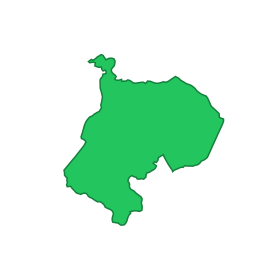 outline of Itaboraí, Rio de Janeiro, Brazil, rotated 55°
{"feature_id": "56859067B95798270573733", "entity_name": "Itaboraí", "entity_type": "district", "adm_level": 2, "iso_a3": "BRA", "parent_name": "Brazil", "parent_adm1": "Rio de Janeiro", "projection": "equal_earth", "projection_center": [-42.864, -22.756], "detail": "fine", "context": "isolated", "style": "filled", "palette": "green", "viewbox_px": 256, "rotation_deg": 55, "n_neighbors": 0, "source": "geoboundaries", "source_scale": "gbopen_adm2", "svg_char_len": 3078}
<svg xmlns="http://www.w3.org/2000/svg" viewBox="0 0 256 256"><g transform="rotate(55 128 128)"><path d="M116.4,57.9L113.0,59.6L113.0,62.3L112.9,65.5L112.9,68.1L112.2,71.0L110.4,72.5L109.8,74.7L108.9,77.2L107.2,79.6L105.5,81.0L102.6,82.9L100.8,85.0L101.6,88.0L99.4,89.1L98.3,90.7L97.0,93.4L95.6,96.2L93.8,98.0L92.0,98.5L90.1,99.3L88.5,100.6L88.4,102.9L87.3,104.2L86.4,106.3L84.5,105.4L83.5,108.4L81.7,110.5L80.2,110.7L79.1,108.2L77.4,108.2L75.9,108.7L74.0,109.2L72.1,109.0L70.4,108.0L69.7,105.9L69.3,104.0L68.2,102.4L65.9,100.3L63.5,99.8L61.6,101.1L60.1,103.4L59.4,106.9L56.9,106.9L54.1,106.8L52.5,107.9L52.4,110.1L52.2,112.3L52.5,114.3L52.5,117.7L50.8,118.7L50.9,122.3L52.6,121.9L53.4,120.3L54.2,118.6L55.9,117.4L58.1,119.5L59.6,118.6L61.3,117.3L62.9,114.9L64.9,115.8L67.0,115.7L67.5,113.5L69.4,113.6L70.8,115.1L69.5,117.6L71.2,119.4L72.0,122.6L73.4,123.9L74.8,124.8L76.9,126.2L79.4,127.9L81.0,128.4L82.9,129.1L84.8,129.8L87.9,131.1L89.5,132.7L91.4,134.5L93.6,137.1L96.2,138.1L97.0,140.0L97.9,141.8L97.6,144.1L97.3,147.7L97.6,150.7L97.0,153.2L98.0,157.0L99.1,159.5L101.3,162.8L103.0,164.8L105.9,168.3L108.3,171.5L110.0,172.2L111.5,171.1L113.5,170.4L115.3,170.5L117.1,174.0L119.0,180.3L119.7,182.5L121.2,187.5L123.0,194.3L125.9,204.7L128.4,205.7L130.1,207.0L132.3,207.0L133.9,206.4L136.0,208.3L137.8,208.8L139.4,211.0L141.3,211.4L142.7,208.5L145.7,208.4L148.2,207.9L150.6,207.7L152.1,207.3L153.5,206.0L155.2,204.9L155.8,202.0L157.3,200.0L158.9,199.5L160.8,199.7L162.7,199.2L164.6,197.9L166.7,197.2L168.9,196.3L171.0,195.3L171.9,193.7L173.5,192.5L175.2,192.1L177.7,191.6L179.8,192.1L182.6,190.6L185.1,189.0L186.9,188.5L189.3,188.7L191.4,190.9L192.8,192.7L194.8,194.0L196.4,194.5L198.5,192.4L200.4,190.5L201.9,190.2L203.6,189.4L205.2,186.5L204.4,183.8L203.3,182.0L201.5,179.8L200.0,177.5L199.4,174.8L197.8,174.4L198.7,172.0L199.6,170.1L200.9,168.4L202.8,166.6L203.4,163.9L201.4,162.1L199.4,160.9L197.0,160.1L195.4,158.2L193.9,157.0L192.0,156.8L189.2,157.7L186.7,158.5L185.2,159.0L183.6,159.1L182.1,159.7L180.4,160.6L179.0,160.9L176.8,160.5L175.2,159.1L173.5,158.5L171.7,158.6L170.2,157.3L169.1,154.8L169.2,152.1L171.2,151.2L172.8,149.7L175.2,149.6L176.5,147.8L177.4,145.9L178.9,144.4L178.5,141.5L176.9,140.2L175.6,138.4L176.5,136.0L176.6,133.3L176.9,131.1L176.7,129.0L175.4,126.4L171.2,127.6L170.9,125.3L172.5,124.6L171.7,122.2L169.7,120.0L170.1,114.5L172.7,115.0L174.3,115.2L180.3,115.8L182.6,115.9L185.2,116.0L187.3,115.9L189.4,116.4L189.1,114.2L189.6,111.7L190.1,109.7L190.3,107.7L191.8,105.4L191.5,103.2L192.8,101.6L194.1,100.0L195.3,98.2L196.5,96.7L197.0,94.5L198.0,92.2L198.1,89.8L197.2,86.9L197.9,83.2L197.6,79.9L194.7,74.9L189.6,66.4L188.5,64.5L186.6,61.3L183.2,55.5L179.0,48.3L177.1,45.7L175.4,44.6L173.1,46.3L171.6,47.0L168.5,45.1L166.5,45.5L164.9,45.8L163.0,46.2L160.9,46.7L158.0,47.3L155.9,47.0L153.9,46.5L152.3,46.2L149.6,45.7L146.9,45.6L145.2,46.7L143.5,47.8L142.1,48.6L140.5,49.2L139.0,49.7L137.2,50.3L135.3,50.3L133.1,50.6L129.6,51.7L127.7,52.9L125.1,54.8L122.4,55.9L120.3,56.9L118.8,57.5L116.4,57.9Z" fill="#22c55e" stroke="#15803d" stroke-width="1.5"/></g></svg>